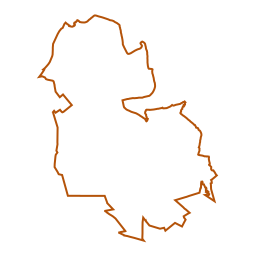 the district of Amatán, Chiapas, Mexico
{"feature_id": "50627088B28872872188545", "entity_name": "Amatán", "entity_type": "district", "adm_level": 2, "iso_a3": "MEX", "parent_name": "Mexico", "parent_adm1": "Chiapas", "projection": "orthographic", "projection_center": [-92.839, 17.389], "detail": "fine", "context": "isolated", "style": "outline", "palette": "amber", "viewbox_px": 256, "rotation_deg": 0, "n_neighbors": 0, "source": "geoboundaries", "source_scale": "gbopen_adm2", "svg_char_len": 5749}
<svg xmlns="http://www.w3.org/2000/svg" viewBox="0 0 256 256"><path d="M67.9,195.8L104.7,195.9L107.2,202.7L107.2,203.1L113.2,209.4L104.4,211.0L105.8,211.3L106.5,212.2L107.7,213.0L109.2,214.1L111.2,215.3L112.8,216.3L115.5,218.5L125.4,231.1L125.0,231.3L123.3,231.5L122.1,231.9L121.2,231.9L119.6,232.4L118.4,232.5L119.4,232.9L124.3,235.3L124.3,235.5L127.5,236.1L129.6,236.7L134.3,237.9L143.7,240.6L142.3,238.7L142.5,233.3L142.5,231.5L142.5,227.7L142.6,222.2L143.2,217.6L145.9,221.2L146.0,221.0L146.2,221.5L149.4,225.5L160.0,228.7L164.1,227.8L165.4,230.7L175.0,222.9L182.0,226.5L184.1,222.4L185.6,219.7L184.0,217.5L183.7,216.3L187.4,214.0L189.6,212.8L187.3,210.8L185.7,209.4L184.5,208.6L183.4,207.4L175.2,200.2L183.6,197.7L185.2,197.2L186.4,196.9L189.2,195.9L199.5,192.7L200.4,188.4L200.7,188.4L201.0,187.6L201.1,182.9L201.3,182.6L201.4,181.7L202.3,181.6L202.6,182.2L202.0,182.8L201.8,183.9L201.8,184.4L203.7,184.2L204.0,184.6L204.0,184.9L204.3,185.4L204.8,186.4L205.1,187.3L205.3,187.5L206.1,187.6L206.4,188.3L205.8,189.0L206.0,190.0L205.9,190.5L206.7,190.9L207.1,190.6L208.5,192.0L208.4,192.3L207.6,192.1L206.4,191.4L206.2,191.4L205.9,192.0L207.8,193.3L209.2,194.1L209.0,194.8L208.7,195.0L207.6,195.7L206.6,195.0L206.3,194.8L205.1,195.0L214.5,201.2L211.1,189.1L210.9,184.7L210.7,183.4L211.8,182.9L211.6,181.0L211.1,180.0L212.3,179.2L215.2,176.8L216.8,175.4L215.8,174.3L215.5,173.7L214.6,172.1L214.1,171.5L213.4,170.4L212.8,170.5L212.1,170.4L211.6,170.0L211.1,169.1L211.1,168.7L211.2,168.0L211.2,166.9L210.5,166.2L209.9,165.5L209.2,165.1L209.1,164.6L209.8,163.9L209.7,163.0L209.2,161.2L208.8,158.9L208.9,158.1L209.0,157.3L208.8,156.6L207.0,156.4L206.6,156.5L205.9,156.3L204.5,156.3L202.8,155.7L201.2,155.4L200.6,155.3L199.8,155.2L199.3,155.0L198.6,154.9L198.2,154.6L198.8,152.5L199.4,150.9L199.5,150.2L199.4,149.4L199.5,148.8L199.5,148.3L199.1,147.7L198.8,147.5L199.3,146.2L199.6,144.9L199.8,143.2L200.1,142.2L200.2,140.3L200.6,138.9L200.7,137.8L200.9,137.0L201.4,135.3L201.4,134.3L201.2,133.3L200.8,132.3L200.3,131.3L199.9,130.7L199.3,130.4L198.6,129.8L198.4,129.5L198.4,129.0L198.0,128.2L197.6,127.9L196.7,127.8L196.1,127.6L195.8,126.5L195.3,125.8L194.9,125.0L194.4,125.0L193.4,123.9L191.2,122.1L190.5,121.6L189.5,120.5L188.8,120.1L188.3,119.7L186.6,118.1L184.0,116.1L182.6,115.2L181.9,114.5L181.1,114.0L180.4,113.2L180.4,112.8L180.6,112.3L181.1,111.8L181.0,110.9L181.2,110.1L181.5,109.6L182.3,108.9L182.2,108.4L182.4,107.9L182.6,107.2L183.3,106.0L183.8,106.4L184.4,105.6L183.9,104.8L185.0,104.3L184.9,102.9L185.4,102.4L185.1,102.1L184.8,101.6L184.6,101.5L184.4,101.9L183.8,102.1L183.2,102.0L182.4,102.7L181.5,103.0L180.2,103.9L175.9,104.8L173.7,105.6L172.6,105.4L172.1,105.0L170.6,106.3L169.9,106.7L166.7,108.1L164.3,108.3L163.1,108.3L162.5,107.7L161.8,108.0L160.8,108.2L158.1,108.8L157.3,108.8L156.6,109.0L153.8,109.5L150.8,109.8L149.4,109.9L149.0,109.7L148.0,109.8L147.3,109.7L146.7,109.7L146.2,109.9L145.8,110.6L145.7,111.1L145.4,111.4L145.2,112.0L145.1,113.2L145.4,113.8L146.1,114.6L146.1,115.8L146.6,116.8L146.7,117.5L146.5,118.1L147.8,118.8L147.6,119.6L146.9,121.0L146.4,121.3L146.1,121.0L145.6,120.0L145.1,119.1L144.7,118.7L143.5,118.0L142.3,117.1L139.9,115.6L139.6,115.3L138.5,114.6L137.9,114.3L136.7,113.6L136.3,113.4L135.5,113.1L133.5,112.5L131.3,111.8L128.9,110.6L128.3,110.4L126.6,109.6L125.5,108.7L124.7,107.8L124.2,107.5L123.7,106.0L123.4,104.5L123.0,102.6L122.5,100.3L127.4,99.0L127.9,99.0L128.6,98.9L129.1,98.8L129.7,98.6L130.5,98.5L132.8,98.1L134.5,98.2L136.7,98.0L137.7,97.9L138.7,97.7L142.2,97.7L144.1,97.0L149.4,95.8L150.5,94.9L150.7,94.6L151.7,93.6L152.5,92.7L153.4,91.2L153.7,90.5L154.1,89.7L154.5,88.7L155.0,86.9L155.1,86.0L155.0,84.6L154.8,82.9L154.3,81.6L153.9,79.7L153.7,78.1L153.3,76.6L152.8,74.5L152.6,74.0L152.4,73.5L152.2,71.5L152.2,71.1L152.5,69.4L151.9,69.0L148.8,68.7L148.4,68.1L147.9,66.0L147.5,62.5L147.5,59.7L147.4,58.0L147.5,56.6L147.4,55.4L147.2,54.2L147.2,52.4L146.8,50.5L146.4,49.8L146.0,48.6L145.8,47.0L145.3,45.1L145.1,44.0L144.9,43.6L144.3,42.8L142.9,41.9L142.2,41.6L141.0,42.4L140.5,43.1L140.5,43.4L140.8,44.0L141.2,44.5L141.9,45.6L141.9,46.0L141.8,46.4L141.5,47.1L140.7,48.1L140.3,48.4L139.2,48.9L138.1,49.2L137.5,49.4L135.2,50.5L130.6,53.3L129.7,53.6L129.2,53.8L128.5,53.9L128.1,53.9L127.3,53.3L126.8,52.5L124.2,47.4L122.9,44.6L122.8,43.9L122.8,42.7L122.5,40.0L122.3,38.9L122.2,38.4L122.0,37.2L121.7,36.1L121.3,34.0L120.9,32.6L120.8,31.0L120.5,29.6L120.2,28.9L120.1,27.8L119.6,26.6L119.7,26.0L119.6,25.5L119.3,24.8L118.3,24.1L117.2,23.2L114.5,21.8L113.7,21.1L112.0,20.5L109.7,20.1L108.6,19.5L103.3,17.7L101.7,17.2L98.6,16.4L96.2,15.6L94.9,15.4L94.1,15.7L93.2,16.4L92.2,17.3L91.3,17.9L90.3,18.9L89.1,19.7L87.4,21.4L86.5,21.9L85.4,22.3L84.5,22.5L81.9,22.4L80.3,22.1L79.7,22.0L79.3,21.4L78.8,21.1L78.3,20.6L77.5,20.2L77.3,20.2L77.1,20.7L76.7,21.3L76.4,21.5L76.0,21.6L75.9,21.8L75.8,22.3L75.7,22.4L74.9,22.4L74.6,22.5L74.3,22.9L74.1,23.3L74.2,23.6L74.7,24.2L74.9,24.6L74.9,25.0L74.6,25.5L74.2,25.8L74.0,25.5L73.8,25.5L73.4,26.2L73.1,26.3L72.9,26.5L72.3,26.7L71.2,26.6L69.3,26.1L69.5,25.6L68.8,25.3L68.6,25.0L68.4,24.7L67.5,24.3L65.6,22.6L65.2,23.1L64.9,23.5L64.7,23.6L64.4,24.0L62.7,27.9L61.3,28.7L59.3,31.2L57.7,34.0L53.1,43.9L52.8,47.6L52.8,49.7L52.6,54.5L52.2,56.2L49.8,62.0L48.4,64.1L46.8,66.0L44.9,68.1L43.2,69.5L44.1,69.9L42.7,72.1L41.1,74.4L39.2,76.9L42.2,76.3L45.0,77.5L46.0,79.1L47.6,79.7L52.7,80.7L53.6,81.4L54.6,85.2L54.5,85.5L55.6,91.7L55.7,91.8L59.8,97.2L63.0,94.5L67.2,99.6L71.8,105.1L63.4,111.9L62.3,112.3L61.6,111.8L60.0,109.8L55.6,112.7L54.1,110.8L53.0,112.1L53.2,112.3L53.2,113.0L57.6,127.5L57.4,142.3L57.5,144.3L56.4,150.7L57.4,152.5L55.8,154.7L55.5,156.1L54.7,164.0L54.6,167.1L57.5,171.8L58.7,174.2L62.1,175.0L67.8,195.5L67.9,195.8Z" fill="none" stroke="#b45309" stroke-width="2"/></svg>